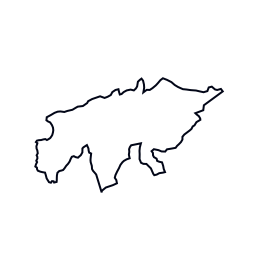 Melaka Tengah, Melaka, Malaysia, rotated 143°
{"feature_id": "92858781B41999482633518", "entity_name": "Melaka Tengah", "entity_type": "district", "adm_level": 2, "iso_a3": "MYS", "parent_name": "Malaysia", "parent_adm1": "Melaka", "projection": "albers", "projection_center": [102.271, 2.246], "detail": "fine", "context": "isolated", "style": "outline", "palette": "ink", "viewbox_px": 256, "rotation_deg": 143, "n_neighbors": 0, "source": "geoboundaries", "source_scale": "gbopen_adm2", "svg_char_len": 2692}
<svg xmlns="http://www.w3.org/2000/svg" viewBox="0 0 256 256"><g transform="rotate(143 128 128)"><path d="M30.3,100.2L30.3,103.3L33.9,104.7L35.3,106.4L36.2,110.6L39.1,111.8L42.4,109.7L46.1,111.1L48.7,114.1L51.1,117.0L55.1,120.5L58.2,123.6L60.8,126.0L63.4,130.7L64.8,134.2L65.7,138.5L67.9,143.0L70.2,146.7L73.3,146.7L77.3,145.8L80.1,145.3L84.4,145.1L87.7,145.3L90.1,147.2L93.8,147.2L94.3,147.2L91.7,149.6L90.8,150.5L89.1,153.1L87.5,156.7L87.5,159.3L89.6,159.3L92.2,159.0L95.7,155.7L97.9,154.8L100.7,154.5L102.8,157.1L106.4,158.8L109.9,159.3L112.7,159.0L114.4,159.7L113.2,162.8L112.3,164.7L115.1,165.9L118.9,166.1L121.9,164.7L125.5,165.2L128.6,166.1L131.2,170.1L139.2,172.7L143.7,173.4L145.6,172.5L150.8,172.7L155.3,175.3L157.6,175.6L161.4,176.0L166.4,178.2L169.2,179.1L172.0,181.9L174.4,183.4L177.5,184.3L181.9,184.8L185.8,185.4L186.4,185.5L187.6,184.2L188.5,183.3L188.0,181.5L186.8,179.3L187.0,176.0L187.7,173.4L189.0,171.2L190.5,169.7L192.7,168.0L194.2,167.4L196.1,166.8L198.2,166.9L200.0,167.2L200.7,168.9L202.4,169.8L204.7,170.7L206.3,171.8L208.3,172.7L210.0,172.2L209.5,170.4L210.7,169.5L212.1,168.6L213.4,166.6L213.9,164.7L215.3,162.1L217.4,161.2L217.7,159.7L218.7,158.2L221.0,157.0L221.1,155.5L223.3,154.4L225.2,153.0L224.6,151.2L225.4,149.9L225.7,148.2L224.3,145.9L222.8,144.1L221.1,142.3L222.1,139.6L223.3,136.7L223.7,132.3L222.5,130.7L220.7,131.3L219.5,130.2L219.8,128.9L217.5,127.9L216.2,129.3L214.8,131.1L213.3,132.9L211.3,134.7L208.8,135.0L206.8,134.1L205.1,133.5L203.0,134.0L200.1,135.0L197.3,135.5L194.7,136.4L192.4,137.8L190.2,138.8L188.2,138.1L187.4,136.3L185.8,134.4L183.8,134.6L182.0,134.7L179.1,136.0L176.7,139.1L175.2,139.4L171.1,139.1L171.9,135.5L173.1,133.5L173.8,131.7L172.8,129.8L174.7,127.8L176.0,126.4L177.3,124.9L178.4,123.1L179.7,119.5L181.4,116.9L181.7,114.8L181.5,112.1L181.4,110.0L187.8,92.4L186.7,93.6L181.5,93.8L174.6,91.5L170.1,90.5L168.7,93.4L168.5,96.2L166.4,97.9L163.0,99.7L159.3,101.4L156.2,103.1L153.1,104.0L151.0,104.2L147.9,103.8L144.9,102.8L143.4,106.1L141.3,108.2L139.9,110.4L138.0,111.6L135.9,112.3L126.9,108.0L130.2,105.4L132.6,102.8L134.5,100.0L137.5,96.2L138.5,92.4L137.3,90.1L134.9,88.2L134.5,85.1L134.0,82.0L134.9,78.3L135.4,76.1L135.4,74.5L133.1,73.5L130.2,73.1L127.1,71.4L125.0,70.5L124.1,73.8L122.7,76.6L121.5,80.1L123.4,82.3L124.5,84.2L123.6,86.3L124.8,89.1L124.5,91.0L123.1,93.1L123.1,95.3L120.1,95.5L117.0,92.0L115.3,89.1L112.5,86.8L109.7,87.5L106.1,85.6L101.9,83.5L99.5,84.2L97.2,84.4L94.1,84.9L91.5,86.0L89.8,88.2L87.0,88.9L83.2,88.9L80.2,88.9L77.8,89.1L75.4,90.3L73.3,90.1L71.6,90.8L69.8,91.5L65.3,91.0L64.6,92.2L64.3,94.8L65.0,97.4L65.3,99.3L57.2,96.9L53.7,100.5L30.3,100.2Z" fill="none" stroke="#020617" stroke-width="2"/></g></svg>